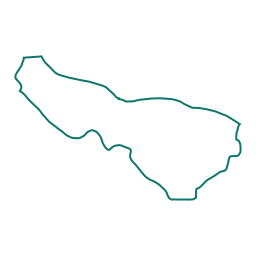 Fond Dor/Dugard, Micoud, Saint Lucia (Robinson projection)
{"feature_id": "8701671B74099385302774", "entity_name": "Fond Dor/Dugard", "entity_type": "district", "adm_level": 2, "iso_a3": "LCA", "parent_name": "Saint Lucia", "parent_adm1": "Micoud", "projection": "robinson", "projection_center": [-60.922, 13.811], "detail": "fine", "context": "isolated", "style": "outline", "palette": "teal", "viewbox_px": 256, "rotation_deg": 0, "n_neighbors": 0, "source": "geoboundaries", "source_scale": "gbopen_adm2", "svg_char_len": 5871}
<svg xmlns="http://www.w3.org/2000/svg" viewBox="0 0 256 256"><path d="M19.8,91.0L20.9,91.7L22.0,92.4L22.3,92.6L22.7,93.0L23.3,93.5L23.7,93.9L24.1,94.3L24.6,94.7L24.8,95.0L25.1,95.3L25.5,95.8L25.9,96.2L27.3,97.9L28.2,98.9L28.7,99.5L28.9,99.8L29.3,100.2L29.6,100.6L30.4,101.4L31.0,102.0L31.4,102.3L32.0,102.9L32.4,103.3L33.3,104.2L33.9,104.7L34.3,105.1L35.1,105.8L35.5,106.3L35.9,106.6L37.2,107.8L37.9,108.5L38.4,109.0L39.0,109.7L39.5,110.2L40.4,111.4L41.2,112.5L41.8,113.3L42.1,113.7L42.4,114.1L42.7,114.4L43.0,114.8L43.9,115.8L44.3,116.3L44.7,116.7L45.2,117.3L45.6,117.7L46.6,118.9L47.5,119.9L47.8,120.2L48.1,120.5L48.4,120.9L49.3,121.8L49.6,122.0L50.2,122.5L50.5,122.8L51.0,123.2L51.5,123.5L52.0,123.9L52.4,124.2L53.4,124.9L53.9,125.3L54.3,125.6L54.6,125.8L55.0,126.1L55.4,126.4L56.1,127.0L56.4,127.2L56.7,127.4L57.2,127.9L57.8,128.4L58.1,128.6L59.0,129.3L59.6,129.8L59.9,130.0L60.2,130.2L60.9,130.6L61.4,131.0L61.6,131.2L62.1,131.5L62.6,131.9L63.3,132.5L63.7,132.8L64.0,133.1L64.5,133.5L64.9,133.8L65.2,134.1L65.7,134.5L66.2,134.9L66.5,135.1L66.9,135.4L67.3,135.7L67.7,135.9L68.0,136.0L68.4,136.2L69.9,136.9L70.2,137.1L70.6,137.2L70.9,137.4L71.3,137.5L71.8,137.7L72.2,137.8L72.6,137.9L73.3,138.0L73.8,138.1L74.4,138.1L78.3,138.2L78.6,138.2L79.0,138.1L79.4,138.1L79.8,137.9L80.2,137.8L81.0,137.4L81.3,137.2L81.6,137.1L81.9,136.9L83.0,136.3L83.6,135.9L84.1,135.6L84.5,135.3L84.7,135.1L85.0,134.8L85.4,134.4L85.7,134.0L86.0,133.6L86.3,133.3L86.5,133.0L86.9,132.6L87.3,132.4L87.6,132.1L88.5,131.6L88.9,131.4L89.3,131.2L89.7,131.0L90.2,130.7L90.6,130.5L91.2,130.3L91.6,130.2L92.1,130.3L92.7,130.3L93.1,130.4L93.5,130.5L94.0,130.7L94.3,130.8L94.8,131.0L95.3,131.3L95.7,131.5L96.0,131.7L96.4,131.9L96.8,132.2L97.2,132.6L97.5,132.8L97.9,133.3L98.4,133.7L98.6,134.0L98.8,134.3L99.0,134.6L99.6,135.4L99.8,135.8L100.3,136.5L100.7,137.2L100.9,137.5L101.1,138.2L101.3,138.5L101.4,139.0L101.6,139.7L101.8,140.1L102.1,141.1L102.2,141.5L102.4,141.9L102.5,142.3L102.6,142.7L102.8,143.0L103.0,143.5L103.3,143.9L103.6,144.7L103.9,145.1L104.5,146.1L105.0,146.8L105.2,147.1L105.4,147.4L105.7,147.7L106.0,148.2L106.3,148.5L106.6,148.7L106.9,148.9L107.2,149.2L107.5,149.4L107.8,149.5L108.2,149.7L108.5,149.9L108.9,149.9L109.2,149.7L109.6,149.5L109.8,149.4L110.1,149.2L110.5,148.9L110.8,148.6L111.4,147.9L111.7,147.7L112.1,147.4L112.4,147.1L112.7,146.9L113.0,146.7L113.4,146.5L113.8,146.3L114.1,146.2L114.4,146.0L114.8,145.8L115.1,145.7L115.8,145.6L116.2,145.5L116.5,145.5L116.9,145.4L117.2,145.4L117.8,145.3L118.3,145.2L118.6,145.2L119.1,145.1L119.7,145.2L120.4,145.3L120.8,145.4L121.5,145.6L121.9,145.7L122.2,145.8L122.6,146.0L122.9,146.2L123.2,146.3L123.7,146.5L124.2,146.7L125.0,147.0L125.6,147.3L126.2,147.4L126.7,147.7L127.2,147.8L127.6,148.0L127.9,148.1L128.2,148.2L128.7,148.4L129.2,148.6L129.6,148.8L129.9,149.0L130.2,149.3L130.5,149.6L130.6,149.9L130.8,150.4L130.9,150.8L130.9,151.3L130.8,151.6L130.7,152.1L130.7,152.5L130.6,152.9L130.4,153.7L130.2,154.5L130.1,155.0L130.1,155.9L130.1,156.3L130.2,157.3L130.3,158.0L130.9,159.0L131.2,159.5L131.8,160.5L132.3,161.2L133.2,162.2L133.5,162.5L134.0,163.0L134.3,163.4L134.6,163.7L134.9,164.0L135.2,164.3L135.5,164.6L135.9,165.1L136.6,166.0L137.1,166.6L138.0,167.6L138.5,168.3L139.0,168.9L139.3,169.2L139.6,169.6L139.9,170.1L140.7,171.1L141.2,171.8L141.6,172.2L142.1,172.7L142.3,173.0L142.9,173.6L143.3,174.3L143.6,174.5L144.0,175.0L144.5,175.6L145.1,176.2L145.4,176.4L145.7,176.8L146.0,177.0L146.4,177.3L146.9,177.7L147.2,177.9L147.7,178.2L148.1,178.5L148.6,178.8L148.9,179.0L149.4,179.3L149.8,179.6L150.3,179.8L150.7,180.0L151.0,180.1L151.7,180.4L152.2,180.6L152.5,180.7L153.0,180.9L153.3,181.1L153.7,181.3L154.0,181.4L154.3,181.6L154.5,181.8L154.8,181.9L155.2,182.1L155.5,182.3L155.9,182.6L156.2,182.8L156.9,183.2L157.3,183.4L157.6,183.6L158.3,184.0L158.6,184.2L158.8,184.4L159.2,184.7L159.6,185.0L159.8,185.3L160.1,185.5L160.4,185.8L160.7,186.1L161.0,186.4L161.4,186.8L161.6,187.0L162.0,187.3L162.3,187.6L163.1,188.4L163.4,188.6L163.7,188.9L164.5,189.7L164.8,190.0L165.1,190.3L165.5,190.7L165.8,191.1L166.1,191.6L166.3,192.0L166.7,192.8L167.3,194.4L167.4,194.9L167.6,195.3L167.8,195.7L168.4,196.9L168.7,197.3L169.1,198.0L169.3,198.2L169.7,198.5L170.4,199.0L170.7,199.2L171.1,199.4L171.5,199.6L171.9,199.5L172.3,199.5L172.8,199.5L173.2,199.4L176.4,199.5L176.7,199.5L178.0,199.5L178.8,199.5L180.4,199.6L180.8,199.6L181.6,199.5L182.5,199.5L182.9,199.5L183.5,199.5L184.0,199.5L184.4,199.4L185.0,199.4L185.4,199.5L189.3,199.6L189.7,199.5L190.4,199.5L190.8,199.5L191.1,199.5L191.8,199.5L192.6,199.4L193.0,199.3L193.4,199.2L194.1,198.9L194.4,198.7L194.8,198.5L195.1,198.3L195.3,198.0L195.7,197.9L196.0,197.7L195.9,194.9L195.9,192.5L196.4,188.9L198.7,188.0L200.4,186.8L202.7,184.6L206.6,180.5L208.7,179.2L213.9,176.2L216.6,174.3L219.5,172.3L221.2,171.5L222.4,171.3L224.4,170.8L225.6,169.9L226.7,168.2L227.5,165.0L228.2,162.6L228.7,159.8L229.4,157.5L229.9,156.7L230.7,156.3L233.7,156.0L234.7,156.1L237.1,156.0L238.6,155.2L240.4,152.2L240.6,149.5L240.5,146.0L240.1,143.5L238.6,140.6L236.3,139.5L236.3,138.8L236.2,136.8L236.4,135.5L236.5,132.8L237.0,131.7L237.4,130.4L237.7,129.1L238.0,127.6L238.5,126.2L239.2,124.7L239.8,124.2L237.6,122.7L230.2,118.0L226.1,115.6L223.0,114.5L215.7,111.5L210.6,110.2L206.5,109.2L199.1,108.0L192.4,107.8L184.4,104.1L180.0,101.4L174.7,99.8L172.1,99.2L163.9,98.5L158.3,98.3L151.6,98.5L139.6,99.8L132.6,101.4L130.2,101.4L126.1,101.6L123.0,100.0L120.1,99.2L118.7,99.1L118.9,98.3L116.3,97.3L113.4,94.0L109.2,90.2L105.9,87.1L101.7,85.4L95.7,83.6L88.9,81.6L83.1,80.6L69.6,77.8L61.4,75.5L57.6,74.2L54.7,72.2L52.1,69.4L49.6,66.9L45.2,62.6L43.0,59.3L41.5,56.4L23.8,57.7L23.7,58.6L23.6,59.8L23.1,60.8L21.7,64.7L21.2,66.2L19.7,68.2L18.8,69.9L17.9,71.1L17.4,71.9L16.0,74.3L15.4,75.8L15.4,77.1L15.8,78.6L18.9,82.1L19.5,82.7L21.0,85.0L21.3,86.0L21.3,87.9L20.5,90.0L19.8,91.0Z" fill="none" stroke="#0f766e" stroke-width="2"/></svg>